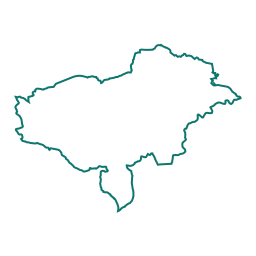 the district of Tepetzintla, Puebla, Mexico
{"feature_id": "50627088B29131736368652", "entity_name": "Tepetzintla", "entity_type": "district", "adm_level": 2, "iso_a3": "MEX", "parent_name": "Mexico", "parent_adm1": "Puebla", "projection": "mercator", "projection_center": [-97.853, 19.942], "detail": "fine", "context": "isolated", "style": "outline", "palette": "teal", "viewbox_px": 256, "rotation_deg": 0, "n_neighbors": 0, "source": "geoboundaries", "source_scale": "gbopen_adm2", "svg_char_len": 5736}
<svg xmlns="http://www.w3.org/2000/svg" viewBox="0 0 256 256"><path d="M44.2,89.0L43.9,89.4L42.7,89.6L40.9,89.0L38.3,88.7L36.8,88.7L36.0,89.2L35.2,90.1L35.4,91.2L35.2,91.5L34.1,91.4L32.8,92.3L32.7,93.8L33.5,94.6L33.6,95.1L33.4,95.4L32.2,96.1L31.5,96.1L30.6,96.5L28.5,96.9L28.4,97.1L28.3,98.0L28.5,99.9L28.4,101.0L28.7,101.9L25.9,100.1L24.9,98.9L23.3,98.0L21.1,97.6L20.4,96.9L19.7,96.6L17.9,97.3L15.8,96.9L16.4,98.1L17.0,99.9L17.5,100.5L18.8,102.6L18.6,103.5L17.0,104.7L16.2,105.6L15.6,106.5L15.4,107.4L15.9,108.7L16.6,109.4L16.8,111.3L17.1,111.7L16.3,113.0L16.3,113.5L16.7,113.9L19.4,115.8L20.4,117.3L21.4,119.2L22.1,123.9L22.4,124.9L22.7,125.5L22.8,126.4L22.5,127.0L22.2,127.3L18.6,128.6L17.0,128.8L16.0,129.2L15.9,129.8L16.0,130.3L17.1,131.5L18.7,134.1L19.1,134.4L19.9,134.5L20.6,134.4L21.4,134.5L22.0,135.0L22.4,136.4L22.5,137.7L22.2,138.3L21.1,139.0L22.4,140.8L23.6,141.2L24.6,141.3L24.8,141.5L25.5,141.5L26.8,142.3L28.8,142.4L30.6,143.0L35.3,143.5L36.3,143.3L37.2,142.9L38.9,143.7L42.8,144.9L43.7,145.5L45.2,146.9L46.3,147.6L48.2,147.7L48.6,148.1L49.0,149.5L49.6,149.8L50.0,148.8L50.8,148.3L57.6,149.6L59.1,150.1L59.5,150.4L61.2,152.5L61.9,155.0L65.6,157.3L65.8,157.9L65.8,158.5L65.9,158.8L67.6,159.9L68.6,161.3L69.3,162.6L69.9,163.1L70.5,163.3L73.1,165.7L73.8,166.7L74.4,167.3L78.0,168.8L79.8,169.9L80.5,170.1L81.5,170.2L82.3,170.6L83.3,171.4L83.9,171.6L86.1,171.2L89.0,170.2L89.5,169.7L89.8,168.2L90.1,168.0L90.6,168.1L91.4,168.7L95.3,168.3L95.8,168.7L96.2,168.7L98.0,167.4L99.0,166.3L99.4,166.2L100.3,166.3L101.5,166.8L102.8,166.9L105.6,166.7L106.2,167.0L106.4,168.7L107.8,170.6L107.7,171.0L107.3,171.4L105.5,171.7L104.8,171.6L103.9,170.9L103.0,170.8L101.3,171.2L100.9,171.7L100.7,172.9L100.8,174.9L100.2,177.0L100.3,177.6L100.8,178.9L100.8,179.7L100.5,182.4L100.2,183.0L100.2,183.8L100.8,186.9L101.5,188.4L101.4,189.5L101.8,190.1L102.8,190.8L103.3,191.0L103.4,191.9L105.4,192.4L106.2,192.2L107.1,192.4L108.1,192.8L108.9,193.6L110.1,194.2L110.5,194.6L110.5,195.4L111.2,195.8L111.9,196.6L112.5,196.8L113.6,198.1L114.1,198.2L114.1,198.7L115.2,199.3L117.4,204.1L118.2,206.6L118.4,208.5L118.0,211.1L119.4,210.4L120.5,209.5L121.3,208.5L122.6,207.5L125.0,206.6L125.3,205.8L126.3,205.2L127.2,204.4L128.4,203.7L130.1,202.9L132.0,200.6L133.1,197.6L133.1,196.9L133.5,195.8L133.4,192.4L133.2,190.5L133.1,190.0L132.7,189.0L131.8,182.8L132.2,176.7L132.5,175.9L131.9,174.5L131.3,171.7L131.3,171.1L128.9,169.6L127.3,168.0L126.8,166.7L126.8,165.4L128.5,165.6L128.8,165.8L131.0,165.8L132.8,165.2L133.9,164.4L134.1,164.0L134.5,163.8L134.9,162.7L135.4,162.7L136.3,162.1L137.9,161.3L138.5,161.4L139.8,160.9L140.4,160.3L140.8,159.4L141.2,156.5L141.3,156.4L142.7,156.6L144.9,157.3L146.1,157.0L147.9,154.0L149.3,154.9L150.2,154.9L151.0,153.7L151.3,153.4L152.4,153.4L152.5,154.0L154.2,156.6L155.6,160.1L157.9,164.7L160.1,164.4L171.4,163.8L171.4,163.4L171.6,162.9L172.2,162.1L172.3,160.4L172.7,158.8L172.9,156.1L173.4,155.1L175.3,155.1L175.6,154.9L176.9,155.1L178.3,155.1L180.3,154.0L182.6,153.6L184.0,152.9L185.3,151.6L185.1,149.6L182.7,147.2L182.4,145.9L182.3,144.0L182.7,142.6L185.6,140.1L185.9,139.5L185.7,138.7L185.2,138.0L185.1,137.4L185.3,135.3L185.2,133.1L185.1,132.2L184.6,131.6L184.4,131.0L184.2,130.1L184.3,129.6L185.2,128.7L186.2,128.7L186.5,128.3L187.6,125.1L188.7,123.7L189.5,123.3L190.6,123.1L191.7,122.4L193.3,121.9L194.6,121.8L195.5,121.4L196.0,120.9L197.4,119.8L197.8,118.7L197.6,115.2L197.9,114.7L198.4,114.5L199.1,114.9L201.6,116.9L202.0,117.4L202.8,117.5L203.2,117.2L204.8,114.3L205.6,113.2L206.9,112.8L209.2,113.1L211.1,113.2L212.0,112.8L212.3,111.8L212.3,111.0L211.5,109.2L210.7,108.0L210.4,107.3L210.9,106.9L211.2,106.9L214.1,105.4L214.5,105.1L214.8,104.4L216.9,103.1L218.5,102.5L219.7,102.5L223.4,103.8L224.8,103.9L225.1,103.8L225.5,102.9L225.4,100.9L225.7,100.6L226.6,100.3L227.3,100.3L228.4,100.9L229.0,102.4L230.1,103.6L230.9,103.9L231.4,103.9L232.7,102.7L233.6,100.5L234.3,99.7L234.7,99.6L236.1,99.9L236.7,99.8L237.4,99.3L240.3,98.4L240.6,98.2L240.5,97.7L239.8,96.8L239.3,96.6L238.7,96.7L237.6,96.5L236.8,95.9L236.4,95.5L236.2,94.6L235.8,94.4L235.7,94.0L232.4,91.7L230.4,88.8L228.5,87.2L227.0,86.7L217.9,85.0L215.6,85.3L214.4,83.9L214.7,85.4L213.9,85.4L212.8,84.7L211.3,83.1L212.6,80.7L212.3,80.6L211.2,79.0L213.2,78.7L214.6,78.1L216.1,78.3L215.8,76.9L216.2,76.8L216.4,76.9L217.9,75.5L218.2,74.7L217.4,74.2L216.7,74.8L215.2,75.1L215.2,73.0L213.9,72.9L213.5,73.2L212.5,72.4L212.9,71.9L213.2,70.8L212.0,63.9L205.8,62.7L205.0,62.2L204.5,62.0L202.7,61.1L202.3,59.9L199.0,59.6L197.8,57.9L196.6,57.5L194.6,59.0L191.5,56.2L189.0,55.5L186.5,56.0L185.3,54.1L185.0,53.9L184.0,53.9L183.2,55.1L182.2,55.4L180.8,56.8L179.4,56.3L177.9,56.8L177.5,56.4L176.9,56.2L176.3,55.3L176.1,55.2L174.9,55.2L174.5,55.6L170.5,52.5L170.3,50.4L169.9,49.8L168.4,48.7L167.7,48.4L167.0,47.9L166.2,47.6L165.4,47.6L165.0,47.1L163.3,46.5L161.0,44.9L160.6,45.4L159.7,45.1L158.1,45.1L156.7,45.8L156.0,46.4L154.7,48.5L153.5,49.0L153.2,49.5L152.2,49.7L146.7,49.9L141.1,49.6L139.9,50.1L139.9,52.5L137.9,52.4L136.7,53.1L135.5,53.2L135.0,54.0L134.8,55.2L133.9,58.1L133.8,59.3L133.0,60.0L132.9,62.3L132.7,62.6L132.4,63.8L131.5,64.2L130.9,65.4L131.1,68.1L131.4,68.8L131.7,70.2L131.4,70.4L131.5,70.9L131.3,71.7L130.7,72.5L129.6,72.5L129.0,72.3L128.7,72.4L127.7,72.4L127.2,72.8L126.2,73.0L124.5,73.9L122.8,74.5L121.8,75.3L121.0,75.6L119.5,75.9L117.7,77.0L115.8,77.0L114.4,77.7L111.0,78.3L109.6,78.4L109.3,79.0L107.9,79.5L104.7,79.9L104.3,80.0L102.1,82.6L101.2,83.1L100.4,80.7L99.2,80.6L98.4,80.3L98.1,80.0L97.6,78.4L97.1,78.4L96.6,78.1L96.3,77.7L96.2,77.0L94.2,76.9L93.5,76.5L92.1,76.3L90.6,76.7L88.7,76.9L87.6,77.6L87.0,77.2L81.7,75.9L78.7,75.8L76.1,76.1L73.5,76.8L55.9,83.8L53.6,86.9L48.1,87.4L47.0,88.2L44.2,89.0Z" fill="none" stroke="#0f766e" stroke-width="2"/></svg>